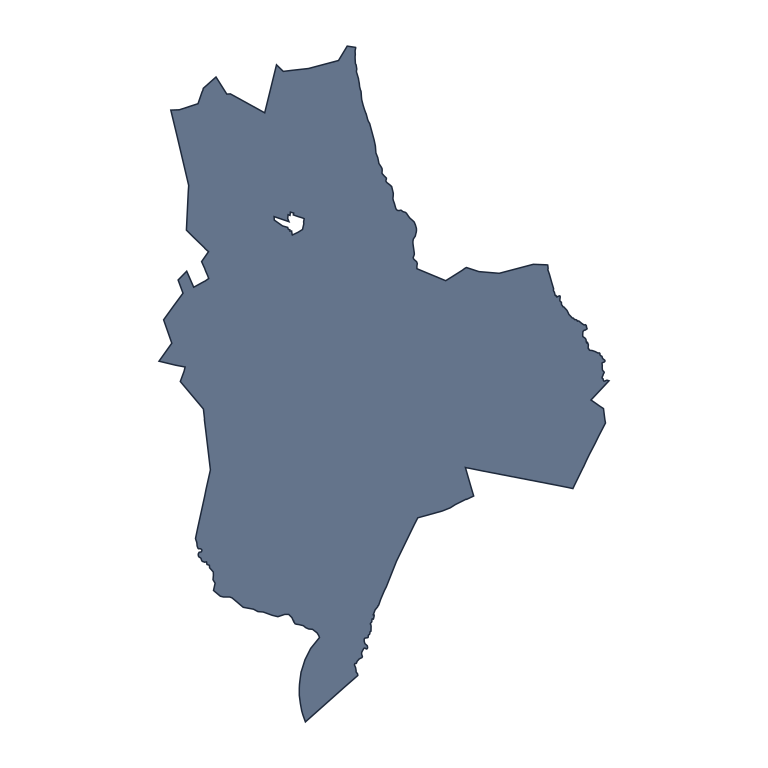 outline of Gwanda, Matabeleland South, Zimbabwe
{"feature_id": "62879985B81037274427079", "entity_name": "Gwanda", "entity_type": "district", "adm_level": 2, "iso_a3": "ZWE", "parent_name": "Zimbabwe", "parent_adm1": "Matabeleland South", "projection": "equal_earth", "projection_center": [29.396, -21.277], "detail": "fine", "context": "isolated", "style": "filled", "palette": "slate", "viewbox_px": 768, "rotation_deg": 0, "n_neighbors": 0, "source": "geoboundaries", "source_scale": "gbopen_adm2", "svg_char_len": 6085}
<svg xmlns="http://www.w3.org/2000/svg" viewBox="0 0 768 768"><path d="M609.0,380.8L607.2,380.2L606.7,380.2L604.9,381.0L604.5,381.1L603.8,381.0L603.3,380.1L603.1,378.9L602.1,378.0L602.2,377.1L603.1,375.0L603.3,374.1L604.1,372.8L604.2,372.2L603.7,371.5L602.8,370.6L602.4,369.8L602.2,367.4L602.3,365.5L602.1,364.2L602.0,363.1L602.9,362.5L604.3,362.0L604.5,361.8L605.0,361.1L605.0,360.8L604.7,360.1L603.3,359.1L602.6,358.3L602.4,357.9L602.1,356.7L601.8,356.2L601.0,355.9L600.1,355.0L599.9,354.5L599.9,353.4L599.5,353.0L599.2,352.9L598.3,353.0L597.9,353.0L595.3,351.6L592.1,350.5L589.7,350.3L589.2,349.8L588.9,349.0L588.4,348.7L588.2,348.4L588.2,346.6L588.4,344.9L587.8,343.1L587.5,342.5L587.0,343.1L586.6,342.8L586.2,341.5L586.1,340.1L585.9,339.3L585.3,338.4L584.3,337.5L583.9,337.4L582.8,336.5L582.7,334.8L582.9,331.7L583.2,331.2L584.1,330.3L585.5,330.0L586.3,329.3L586.8,329.1L587.1,328.8L586.8,327.8L586.3,326.8L586.5,326.3L586.2,325.4L585.4,324.7L584.6,324.9L583.8,324.8L581.6,323.3L579.0,321.1L578.0,320.9L577.4,321.1L577.0,320.3L576.5,320.0L576.3,319.8L575.7,319.6L574.6,319.6L573.7,318.5L573.3,318.1L572.3,318.0L568.9,314.4L568.2,312.8L567.0,310.4L563.9,307.0L562.9,306.7L562.4,305.7L561.6,304.7L561.5,304.3L561.4,302.3L560.1,301.1L559.8,300.3L560.2,297.2L560.2,296.7L560.0,296.0L559.8,295.9L559.3,295.9L557.7,296.5L557.0,297.0L556.8,297.0L556.5,296.6L556.0,295.5L555.7,295.4L555.3,295.5L555.1,295.3L554.4,292.2L553.8,291.4L553.5,290.6L553.4,289.9L553.6,289.0L553.6,288.7L551.8,282.7L549.5,274.5L548.3,271.0L548.1,270.6L547.8,269.9L547.8,269.6L548.1,268.9L548.0,267.1L547.7,265.0L547.1,264.9L546.2,264.8L533.3,264.3L499.2,273.3L478.9,271.6L466.4,267.5L464.6,268.5L462.4,270.2L445.7,280.7L416.9,268.7L416.9,265.9L417.3,263.7L417.1,263.0L416.6,261.7L414.1,259.5L413.7,259.0L413.2,257.8L413.2,257.5L414.3,254.6L414.3,253.2L413.0,243.9L412.9,242.1L412.9,241.6L413.3,239.1L415.3,236.1L415.9,233.4L416.1,232.8L416.3,232.0L416.5,230.3L416.4,228.3L415.2,224.2L414.8,223.7L414.6,222.9L414.1,221.9L412.2,220.1L410.7,218.8L409.9,218.1L408.5,216.3L406.5,213.3L405.5,212.4L402.9,211.6L401.1,210.2L400.4,210.2L399.1,210.6L397.5,210.4L396.5,209.6L396.0,208.8L395.7,208.1L394.4,203.4L393.3,200.4L392.9,198.4L393.2,195.9L393.3,193.8L393.3,193.3L391.7,186.6L391.2,186.0L390.8,185.9L390.4,185.3L386.8,182.5L386.0,181.3L385.9,181.1L385.9,180.6L386.4,179.0L386.4,178.1L383.8,175.5L382.1,173.5L382.0,172.9L382.2,170.1L382.0,168.4L381.1,166.8L378.8,163.3L378.8,162.8L377.8,157.7L375.9,152.9L375.4,146.0L374.1,139.9L369.7,123.6L368.3,121.2L367.4,118.7L367.4,118.4L366.1,113.6L365.9,113.4L364.4,109.3L363.1,105.1L361.7,99.6L361.4,96.3L361.2,93.1L361.0,91.1L360.5,90.2L359.6,86.6L359.3,83.5L358.6,79.8L358.5,78.7L356.9,73.3L356.6,72.6L356.4,71.2L356.8,69.1L356.1,64.8L355.6,64.0L355.4,63.6L355.1,58.1L355.1,56.3L355.3,54.7L355.1,51.3L355.2,50.2L355.7,48.0L355.7,47.7L355.6,47.4L347.2,46.1L338.5,60.5L308.5,68.5L291.4,70.4L283.3,71.4L276.5,64.8L264.7,112.8L230.4,93.9L226.8,94.1L216.0,77.0L203.3,88.3L202.8,90.5L202.1,91.8L198.0,103.7L179.3,109.8L170.8,110.1L177.2,136.6L188.7,185.5L188.3,191.1L186.4,230.1L193.5,237.2L204.6,247.9L204.9,248.5L208.5,251.7L201.6,261.6L204.1,267.2L204.3,267.4L205.7,271.2L207.6,275.5L208.7,278.5L204.8,281.3L204.5,281.3L193.7,287.2L186.7,271.2L178.1,280.0L183.0,293.2L173.7,305.8L163.6,319.8L171.8,343.2L159.0,361.2L175.6,365.2L185.1,367.0L184.1,371.2L180.3,381.5L203.4,409.0L204.5,418.7L204.4,419.7L205.9,431.8L210.4,469.9L206.1,489.0L204.7,496.1L197.6,528.4L195.5,538.5L196.2,540.9L196.5,541.4L196.9,543.3L197.1,545.9L197.9,548.1L198.3,548.6L198.6,548.8L200.0,548.7L200.7,548.8L201.8,549.8L201.9,550.8L201.0,552.0L199.5,552.2L199.1,552.3L198.2,554.1L198.3,555.4L198.4,556.0L199.1,557.1L200.6,557.9L201.2,558.8L201.2,559.3L201.8,560.8L202.4,561.4L202.9,561.6L203.6,561.7L204.3,562.2L206.5,561.9L207.0,564.5L209.4,565.3L209.6,567.8L213.3,572.0L213.4,575.3L213.0,579.7L215.1,583.2L213.5,590.5L220.3,596.2L223.5,597.0L229.7,597.0L232.1,597.9L243.2,607.3L253.5,609.2L257.9,611.6L263.2,612.0L272.2,615.3L277.9,616.7L284.7,614.4L288.7,614.4L291.9,617.6L293.7,621.6L293.8,621.5L293.9,621.9L295.1,623.8L296.3,624.2L299.0,624.6L303.4,625.7L305.6,627.6L308.7,629.0L312.5,629.3L317.1,632.9L318.7,635.5L319.5,637.5L310.7,648.4L305.0,659.7L301.3,671.5L301.1,671.8L300.2,678.5L299.5,684.2L299.3,688.2L299.3,695.4L300.4,703.7L301.7,710.8L302.9,714.9L305.4,721.9L344.4,687.2L357.8,675.5L357.6,673.9L356.1,671.9L356.1,670.5L355.6,667.6L354.5,665.1L354.5,664.5L354.8,663.8L355.0,663.5L355.6,663.4L356.0,663.5L356.3,663.3L356.6,662.8L357.1,661.3L358.6,659.7L358.7,659.4L360.2,658.4L361.8,657.7L362.3,657.0L362.4,656.6L361.6,654.1L361.6,653.1L361.8,652.1L362.1,651.5L363.6,648.8L364.1,648.2L364.7,648.1L365.3,648.3L365.6,648.6L366.5,649.0L367.3,648.6L367.5,648.1L367.6,647.4L367.3,645.8L366.8,645.3L365.0,643.7L364.8,643.3L364.2,641.2L364.2,639.4L364.4,638.6L365.0,638.1L367.6,637.7L368.0,637.5L368.2,637.1L368.3,635.5L368.6,634.9L369.0,634.7L369.6,634.2L369.8,633.6L369.9,632.4L370.1,631.9L370.3,631.5L370.9,631.3L371.0,631.0L371.1,626.1L370.8,624.6L370.4,624.2L370.4,623.5L371.8,621.8L371.9,620.0L372.1,619.1L372.2,618.9L372.5,618.9L372.9,619.1L373.2,619.2L373.5,618.8L374.1,616.2L374.2,615.0L374.1,614.9L373.8,614.8L373.7,615.0L373.3,615.0L373.2,614.7L373.6,613.9L375.1,609.9L377.8,606.6L377.9,605.9L378.7,605.1L380.7,599.3L384.4,590.6L386.3,586.9L396.5,561.2L414.3,524.6L417.8,517.8L442.3,511.0L450.3,507.8L455.3,504.6L466.1,499.2L466.6,499.4L473.7,496.0L471.4,488.3L465.4,467.5L467.0,467.9L468.0,468.0L483.8,471.2L554.3,484.8L554.9,484.9L568.5,487.6L572.9,488.6L574.4,485.4L583.1,467.6L583.5,467.0L586.4,460.6L589.3,454.6L595.1,443.5L598.6,436.3L605.5,423.0L604.9,419.7L603.5,408.6L599.7,406.1L591.0,400.0L609.0,380.8ZM290.0,215.4L290.4,212.1L293.7,213.1L293.3,214.9L298.1,216.6L302.7,218.0L304.2,218.7L303.6,221.8L303.8,223.8L302.5,229.5L298.0,232.3L292.3,235.0L292.2,234.8L291.6,231.0L289.9,231.1L289.8,229.7L288.9,229.6L288.2,229.1L287.7,227.4L282.5,225.9L274.3,220.1L274.1,216.6L289.0,221.7L287.7,218.5L288.1,214.7L290.0,215.4Z" fill="#64748b" stroke="#1e293b" stroke-width="1.5"/></svg>